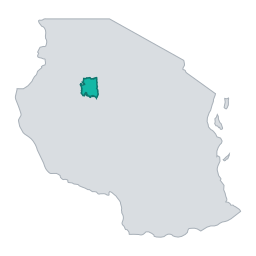 Nzega, Tabora, United Republic of Tanzania shown in context
{"feature_id": "72390352B4567455644907", "entity_name": "Nzega", "entity_type": "district", "adm_level": 2, "iso_a3": "TZA", "parent_name": "United Republic of Tanzania", "parent_adm1": "Tabora", "projection": "mercator", "projection_center": [33.009, -4.4], "detail": "fine", "context": "in_parent", "style": "filled", "palette": "teal", "viewbox_px": 256, "rotation_deg": 0, "n_neighbors": 0, "source": "geoboundaries", "source_scale": "gbopen_adm2", "svg_char_len": 6564}
<svg xmlns="http://www.w3.org/2000/svg" viewBox="0 0 256 256"><path d="M88.1,189.7L84.8,188.0L81.8,186.9L79.3,185.8L78.2,184.6L75.9,184.2L74.0,184.0L72.1,182.9L68.3,182.5L67.9,181.8L67.8,180.2L67.2,179.8L65.8,179.4L64.3,179.4L63.4,179.6L62.9,179.5L61.7,178.6L60.5,177.4L60.1,175.5L58.3,174.3L56.4,173.4L50.8,173.5L49.9,173.2L48.6,172.2L47.1,170.6L45.8,168.8L44.7,166.4L43.6,163.1L37.3,149.9L36.6,147.5L35.4,144.7L33.3,141.3L31.2,138.8L28.3,136.5L25.0,134.3L23.2,132.7L19.8,126.6L19.1,123.7L18.5,120.7L18.7,119.5L20.9,115.6L21.1,114.6L20.8,113.1L19.8,110.0L18.5,106.3L15.8,99.5L15.4,97.8L15.4,96.5L17.0,89.7L17.0,88.7L23.3,88.8L28.0,85.8L32.0,81.3L32.8,79.5L34.5,76.6L36.1,75.1L36.7,74.1L37.6,71.3L39.8,69.3L41.8,67.8L41.4,66.8L41.7,66.4L42.8,65.6L45.0,64.9L45.5,63.4L45.4,61.7L45.1,60.7L45.2,59.6L44.8,59.0L43.4,58.9L41.3,58.0L39.5,57.7L38.3,57.2L37.8,56.8L37.6,55.8L38.6,53.1L37.6,52.1L39.8,47.7L40.2,47.2L41.0,47.1L42.3,46.7L43.5,46.4L44.5,46.6L45.2,46.4L45.8,45.9L46.3,44.5L46.8,42.0L46.5,40.0L45.6,38.4L45.4,36.1L45.8,32.9L45.5,30.3L44.5,28.1L43.4,26.9L41.8,26.3L39.3,23.1L38.6,21.5L38.7,20.5L39.6,20.1L41.1,20.3L42.6,19.9L44.0,19.0L45.4,18.8L46.1,18.9L109.5,18.9L183.6,60.3L183.9,60.8L184.5,64.3L184.4,65.5L183.2,67.6L182.9,68.7L182.9,69.4L183.2,69.7L184.1,69.8L185.0,70.3L185.3,70.7L185.9,72.2L186.7,73.0L214.9,93.3L215.5,93.6L215.1,95.3L213.5,99.5L213.4,101.2L212.8,103.2L212.2,104.6L210.6,110.4L209.2,112.6L207.4,117.7L207.1,121.6L208.1,124.4L208.5,126.9L210.7,129.5L212.4,130.4L213.6,131.5L215.7,134.1L216.9,136.8L220.6,138.1L222.1,141.0L221.5,143.1L219.8,144.8L218.2,147.5L216.9,151.1L216.8,156.6L217.7,155.8L219.7,157.1L220.0,161.2L217.9,165.9L217.3,168.1L217.2,170.0L218.7,175.7L220.9,178.6L220.8,179.5L220.2,180.2L224.0,185.3L223.7,189.8L225.1,193.2L225.8,196.3L226.7,198.6L226.9,200.1L225.7,201.9L228.5,202.4L230.2,203.8L230.9,205.2L233.0,205.1L234.1,206.1L235.6,206.8L239.1,209.2L240.1,210.3L240.6,211.4L231.0,218.8L227.6,220.7L225.1,221.5L222.4,222.0L219.9,223.2L217.5,225.0L214.5,225.9L210.8,225.9L206.9,227.2L200.8,231.0L197.2,228.9L194.4,228.2L191.2,228.3L189.2,228.5L188.5,229.0L187.9,230.3L187.4,232.4L185.3,234.4L181.6,236.4L178.1,237.1L175.0,236.6L172.9,235.8L171.8,234.7L170.2,234.2L168.0,234.2L166.0,235.1L164.0,236.6L160.9,237.2L156.6,237.0L154.2,236.3L153.9,235.0L152.0,233.5L148.6,231.8L146.0,231.8L144.4,233.4L142.9,234.5L141.6,234.9L140.4,234.9L138.6,234.5L133.8,234.3L129.3,234.4L128.9,232.0L127.9,230.6L127.1,229.7L125.6,229.5L125.1,228.8L124.6,227.4L123.9,226.1L122.8,225.1L122.2,224.1L122.0,223.2L122.2,222.3L123.1,219.8L123.4,218.2L123.3,216.5L122.8,214.8L121.7,212.7L121.9,212.1L121.5,210.7L121.5,209.7L121.7,208.5L121.5,206.9L120.5,203.4L120.5,202.5L119.6,200.8L116.6,196.9L116.4,196.4L111.7,192.4L109.8,191.5L109.2,192.3L108.9,193.0L109.1,194.3L109.0,194.9L108.8,195.2L107.7,195.1L107.0,195.0L105.2,193.9L103.8,193.7L100.4,193.8L99.2,194.1L98.2,193.9L96.4,192.0L94.3,191.6L92.3,191.6L89.2,189.5L88.1,189.7ZM221.1,123.7L222.6,128.1L222.4,128.9L221.3,129.4L220.8,129.4L220.1,128.7L219.6,127.3L218.8,127.6L217.4,125.9L216.0,125.8L214.7,123.7L215.2,121.9L214.9,118.8L216.4,117.2L217.3,114.5L218.3,116.4L218.5,119.2L219.8,122.5L221.1,123.7ZM228.5,98.0L228.7,99.0L228.3,100.0L228.4,103.0L228.3,105.1L227.1,107.9L226.2,108.9L225.4,108.6L224.7,108.1L224.1,107.4L225.2,102.2L224.7,98.4L226.8,98.8L228.5,98.0ZM225.4,160.5L224.3,160.8L223.9,160.5L223.2,159.6L224.4,158.9L225.5,157.5L228.2,155.4L229.4,153.8L229.2,155.4L227.7,158.9L226.4,159.1L225.4,160.5Z" fill="#d9dde1" stroke="#a8b0b8" stroke-width="1"/><path d="M81.2,83.7L80.8,83.7L80.8,83.9L80.8,84.0L80.8,84.3L80.6,84.4L80.4,84.5L80.5,84.9L80.6,85.1L80.6,85.3L80.7,85.5L80.9,85.8L81.0,85.9L81.4,86.7L81.5,87.2L81.6,87.6L81.7,88.0L81.8,88.3L81.9,88.5L81.7,88.7L81.6,88.8L81.7,89.4L81.8,89.5L81.8,90.2L81.8,90.6L81.7,90.7L81.5,90.8L81.6,91.0L81.7,91.3L81.7,91.5L81.7,91.9L81.6,92.3L81.4,92.6L81.2,92.8L81.2,93.0L81.4,93.2L81.5,93.5L81.8,93.8L82.0,94.0L82.2,94.4L82.3,94.5L82.6,94.8L82.7,95.1L82.8,95.3L82.9,95.5L83.0,95.6L83.5,95.6L84.0,95.7L84.2,95.8L84.4,95.8L84.6,95.5L84.7,95.4L84.8,95.2L84.7,94.9L84.5,94.3L84.6,94.2L84.9,93.7L85.3,93.3L85.5,93.2L85.7,94.0L85.9,93.9L86.0,93.8L86.0,93.5L86.0,93.4L85.9,93.3L85.9,93.0L85.8,92.6L86.1,92.6L86.5,92.8L86.6,93.0L86.7,93.4L86.6,93.7L86.6,93.8L86.5,94.0L86.5,94.3L86.7,94.5L86.7,94.8L86.8,94.8L86.7,94.9L86.6,95.0L86.7,95.5L86.8,95.6L87.0,95.6L87.3,95.8L87.5,95.8L87.9,95.8L88.0,95.8L88.1,96.0L88.3,96.0L88.6,96.1L89.2,96.2L89.4,96.2L89.6,96.2L89.8,96.3L89.7,96.4L89.7,96.6L89.7,96.9L89.7,97.0L89.9,97.1L90.0,97.1L90.3,97.3L90.5,97.3L90.7,97.1L90.7,96.9L90.7,96.6L90.9,96.3L91.2,96.3L91.4,96.0L91.6,95.9L91.9,95.8L92.1,95.8L92.5,95.7L92.5,95.8L92.5,96.2L92.6,96.4L93.0,96.5L93.3,96.4L93.5,96.1L93.8,95.9L93.9,96.0L94.0,96.1L94.5,96.4L94.9,96.5L95.0,96.7L95.3,96.8L95.6,96.9L95.7,97.1L95.8,97.3L96.0,97.5L96.3,97.9L96.3,97.6L96.9,97.4L97.0,97.1L97.2,96.7L97.3,96.5L97.4,96.3L97.4,95.8L97.5,95.7L97.7,95.2L97.8,94.9L98.0,94.9L98.1,94.7L98.1,94.2L98.1,93.7L98.0,93.1L97.9,92.9L97.8,92.4L97.7,91.2L97.8,91.1L97.7,91.0L97.8,90.8L97.8,90.7L97.7,90.6L97.6,90.1L97.6,89.8L97.6,89.7L97.4,89.4L97.2,89.1L97.1,88.9L96.9,88.7L96.7,88.4L96.8,88.3L97.1,87.4L97.3,87.0L97.2,86.8L97.3,86.7L97.2,86.5L97.1,86.2L97.1,85.8L97.1,85.6L96.9,84.7L96.9,84.3L96.9,84.0L96.9,83.8L96.9,83.5L96.9,83.2L96.9,82.9L96.9,82.7L97.1,82.4L96.9,81.9L96.8,81.5L96.7,81.2L96.7,80.9L96.7,80.6L96.7,80.4L96.7,80.2L96.7,79.9L96.8,79.5L96.8,79.3L96.8,79.2L96.7,78.8L96.7,78.7L96.7,78.3L96.7,78.0L96.7,77.8L96.6,77.6L96.4,77.6L96.2,77.7L95.9,77.7L95.7,77.8L95.4,77.9L95.2,77.9L95.1,78.0L94.9,78.1L94.7,78.2L94.7,78.3L94.4,78.2L94.3,78.3L94.3,78.2L94.2,78.2L94.2,78.3L94.1,78.5L93.9,78.7L93.7,78.6L93.4,78.7L93.3,78.8L93.2,78.8L92.9,78.8L92.7,78.8L92.4,78.7L92.2,78.8L91.9,78.9L91.5,78.9L91.4,78.9L91.1,78.9L91.0,78.7L90.9,78.7L90.7,78.5L90.6,78.4L90.4,78.4L90.2,78.2L90.2,77.9L90.0,77.7L89.7,77.7L89.3,77.7L89.2,77.7L88.7,77.8L88.4,77.9L88.2,78.0L87.8,78.1L87.6,78.0L87.3,78.0L87.2,77.9L86.8,77.9L86.7,77.9L86.5,78.0L86.4,78.3L86.2,78.4L85.9,78.6L85.7,78.6L85.3,78.6L85.1,78.6L84.8,78.6L84.7,78.6L84.2,78.5L83.9,78.5L83.7,78.5L83.7,78.8L83.7,79.3L83.7,79.6L83.4,80.4L83.5,81.0L83.5,81.3L83.2,81.6L83.1,82.0L82.8,82.2L82.4,82.2L82.6,82.6L82.8,82.8L82.9,83.0L83.1,83.0L83.3,83.1L83.6,83.5L83.9,83.4L84.3,83.4L84.3,83.6L84.4,83.8L84.6,84.2L84.6,84.4L84.4,84.4L84.2,84.5L83.7,84.7L83.4,84.8L83.1,84.9L82.9,85.0L82.7,85.0L82.2,85.1L81.9,85.2L81.8,85.3L81.7,85.3L81.4,85.4L81.4,85.2L81.5,84.7L81.4,84.5L81.3,84.0L81.2,83.7Z" fill="#14b8a6" stroke="#0f766e" stroke-width="1.5"/></svg>